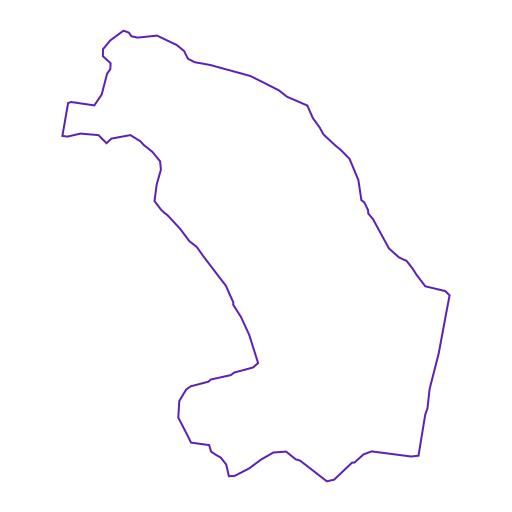 the district of Santa Cruz Naranjo, Santa Rosa, Guatemala
{"feature_id": "79465075B20602166984582", "entity_name": "Santa Cruz Naranjo", "entity_type": "district", "adm_level": 2, "iso_a3": "GTM", "parent_name": "Guatemala", "parent_adm1": "Santa Rosa", "projection": "robinson", "projection_center": [-90.385, 14.383], "detail": "fine", "context": "isolated", "style": "outline", "palette": "violet", "viewbox_px": 512, "rotation_deg": 0, "n_neighbors": 0, "source": "geoboundaries", "source_scale": "gbopen_adm2", "svg_char_len": 1490}
<svg xmlns="http://www.w3.org/2000/svg" viewBox="0 0 512 512"><path d="M418.5,455.7L425.2,414.8L427.5,408.1L429.6,389.0L438.7,353.5L446.1,313.7L449.6,295.3L445.3,291.1L425.3,286.3L416.4,274.6L412.6,268.6L406.6,260.9L399.1,257.5L389.0,248.5L372.9,219.0L368.3,213.6L368.0,210.0L364.3,202.3L361.4,200.2L358.4,180.2L355.8,173.9L349.6,159.0L341.3,150.4L335.6,145.7L323.6,134.6L320.9,129.8L319.8,127.7L312.9,118.2L307.3,105.5L287.1,96.8L278.8,90.3L250.4,76.0L210.2,65.0L194.7,62.2L188.0,58.8L186.0,54.9L184.1,51.0L176.7,45.0L157.0,35.6L137.8,37.6L131.5,36.3L128.8,32.6L123.5,30.7L110.3,40.4L103.0,49.2L102.9,56.2L106.9,59.8L110.6,63.2L110.3,69.2L107.1,73.7L101.7,94.5L94.3,105.4L71.0,102.0L68.1,103.1L62.4,135.9L67.6,136.6L80.3,133.6L98.5,135.1L106.5,143.2L111.4,138.6L130.4,135.1L140.1,141.1L144.0,145.2L152.3,151.8L160.1,161.3L160.9,169.7L156.7,184.5L154.5,201.1L161.2,209.9L164.2,212.7L167.4,215.1L180.1,228.8L189.4,241.2L196.8,247.0L203.0,255.8L218.3,275.9L226.0,285.9L229.2,293.3L233.3,302.3L233.2,304.7L241.1,317.2L249.3,335.1L258.1,363.1L253.0,367.5L234.3,372.5L230.8,375.1L210.8,379.5L208.4,381.7L190.7,386.3L186.2,389.5L179.3,400.9L178.3,417.6L187.4,435.2L191.0,442.6L209.2,445.1L211.1,451.7L213.6,453.3L216.3,455.1L220.7,457.5L226.2,464.5L228.9,476.2L234.6,475.9L249.0,468.5L260.9,459.7L273.4,452.5L286.1,451.6L295.7,459.3L300.1,460.6L326.8,481.3L334.1,479.7L352.1,462.6L354.4,462.6L363.5,454.4L371.7,451.4L411.1,456.5L418.5,455.7Z" fill="none" stroke="#5b21b6" stroke-width="2"/></svg>